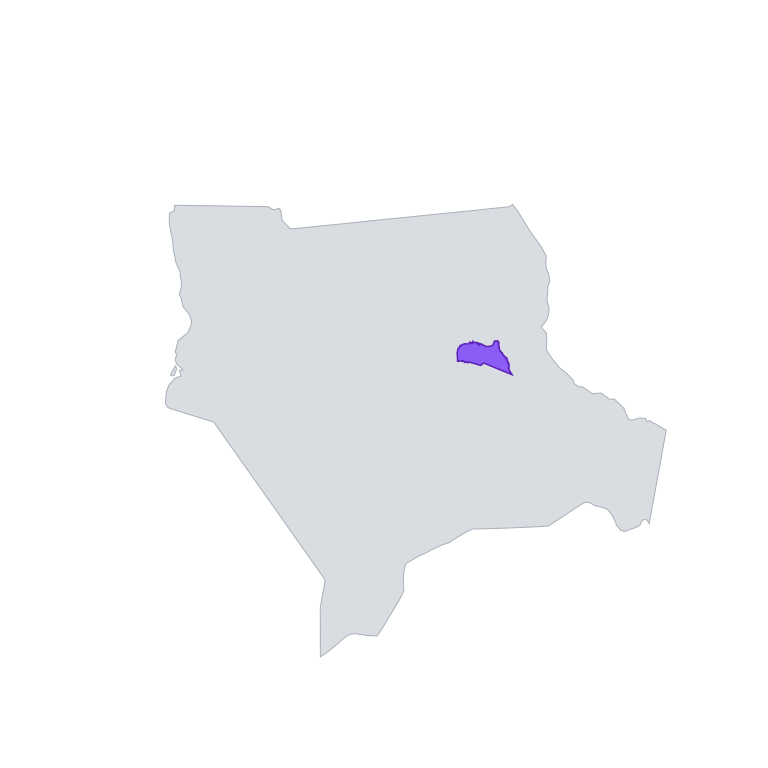 Tiaty, Rift Valley, Kenya shown in context, rotated 145°
{"feature_id": "3690345B93323191576602", "entity_name": "Tiaty", "entity_type": "district", "adm_level": 2, "iso_a3": "KEN", "parent_name": "Kenya", "parent_adm1": "Rift Valley", "projection": "mercator", "projection_center": [35.941, 1.145], "detail": "fine", "context": "in_parent", "style": "filled", "palette": "violet", "viewbox_px": 768, "rotation_deg": 145, "n_neighbors": 0, "source": "geoboundaries", "source_scale": "gbopen_adm2", "svg_char_len": 7194}
<svg xmlns="http://www.w3.org/2000/svg" viewBox="0 0 768 768"><g transform="rotate(145 384 384)"><path d="M175.6,457.3L175.4,448.4L176.7,425.8L176.5,405.9L177.7,395.9L182.6,389.6L184.8,385.0L186.5,378.6L189.0,373.4L194.9,369.1L195.9,366.8L202.1,359.7L205.8,350.5L208.6,347.4L212.1,344.5L214.5,343.0L218.6,341.5L221.8,340.7L222.4,339.9L222.6,338.5L221.6,332.8L222.9,330.9L225.1,327.2L227.6,323.6L229.8,321.4L231.1,319.1L231.6,315.1L231.7,312.3L231.7,307.7L231.0,297.2L228.4,288.4L226.8,278.6L228.0,275.4L225.9,269.6L224.9,269.3L223.2,268.0L221.0,262.6L219.4,257.7L218.4,256.4L211.4,252.1L207.9,241.9L204.0,239.6L201.9,229.4L201.5,226.5L203.7,216.4L203.5,214.1L201.2,211.9L194.6,209.8L189.2,205.6L189.9,204.1L190.3,202.6L187.5,201.6L179.4,184.3L189.9,173.8L200.5,163.3L214.1,149.9L226.5,137.6L237.3,127.0L246.9,117.5L246.7,119.3L246.7,121.8L247.9,123.2L249.9,124.2L252.6,123.2L255.0,121.7L257.4,121.4L271.8,125.3L274.2,128.8L274.1,132.5L274.7,135.1L273.6,137.8L272.4,146.0L272.8,153.4L277.1,159.0L280.9,163.3L284.0,169.4L286.3,171.3L289.4,172.2L299.3,172.5L314.0,172.9L328.2,173.3L329.5,173.4L332.5,174.2L345.5,182.5L357.4,190.0L367.5,196.5L377.3,202.9L386.8,209.1L394.1,214.2L401.4,215.7L413.2,216.5L421.4,216.7L429.0,218.9L440.2,220.9L448.6,221.9L453.7,223.1L467.7,224.3L470.1,223.6L476.3,217.9L483.2,208.7L485.9,203.6L494.9,198.5L510.7,191.5L521.8,186.5L534.1,181.5L539.8,185.8L547.5,192.8L551.0,196.2L553.7,197.7L558.0,198.7L563.1,198.8L565.9,198.6L571.6,197.7L585.0,196.9L592.6,197.0L586.2,206.2L578.5,217.2L564.3,237.6L553.5,248.3L545.3,256.4L544.6,257.8L544.6,266.9L544.7,288.9L544.8,333.0L545.0,377.0L545.2,421.0L545.3,443.1L545.3,450.5L552.5,459.7L559.5,468.8L568.7,480.7L573.7,487.2L574.5,489.3L574.2,493.6L566.6,502.6L560.4,506.6L552.0,508.6L549.5,508.2L546.2,506.9L544.9,509.1L543.9,512.4L542.1,511.7L540.6,510.7L541.5,516.7L542.4,519.6L541.1,523.6L537.0,527.1L536.6,530.0L527.8,537.7L515.3,538.6L508.7,542.4L505.8,545.5L503.5,552.4L504.3,562.8L500.8,570.9L500.2,574.9L493.7,580.2L490.9,585.0L488.7,589.9L486.9,592.0L484.7,603.0L481.7,609.6L480.9,611.8L480.1,613.8L477.8,617.7L476.3,620.4L475.2,622.2L467.6,639.2L461.6,647.0L456.9,646.1L453.8,649.1L453.5,650.5L451.8,649.7L447.9,646.8L439.9,641.1L431.9,635.3L423.9,629.5L415.8,623.7L407.8,617.9L399.8,612.1L391.8,606.3L383.8,600.5L379.1,597.1L377.0,595.1L375.3,591.1L374.5,590.1L372.4,588.9L369.9,588.6L369.2,587.8L369.2,585.9L370.1,583.1L373.0,577.8L373.3,574.7L372.8,571.2L371.8,565.5L371.0,564.2L365.7,561.2L354.6,555.0L343.4,548.8L332.3,542.5L321.2,536.3L310.0,530.1L298.9,523.9L287.7,517.7L276.6,511.4L265.5,505.2L254.3,499.0L243.2,492.8L232.1,486.5L220.9,480.3L209.8,474.1L198.6,467.9L187.5,461.7L183.3,459.3L179.5,457.3L175.6,457.3ZM546.1,517.8L544.2,518.3L545.2,515.3L550.9,511.4L553.2,512.3L553.7,513.2L553.6,514.0L552.6,514.7L546.1,517.8Z" fill="#d9dde1" stroke="#a8b0b8" stroke-width="1"/><path d="M286.8,367.6L287.2,367.1L287.3,367.3L287.5,367.4L287.8,367.1L287.9,366.7L288.0,366.7L288.2,366.9L288.4,366.8L288.5,366.8L288.6,367.1L288.7,367.3L288.8,367.2L289.0,366.9L289.2,367.1L289.2,367.3L289.2,367.5L289.0,367.9L288.9,368.0L289.1,368.4L289.2,368.5L289.4,368.8L289.5,369.0L292.2,368.5L293.3,369.4L293.5,369.7L294.2,370.3L294.7,370.6L295.9,371.0L296.2,371.1L297.1,371.3L297.6,371.4L297.9,371.4L298.2,371.4L298.4,371.3L298.7,371.2L298.9,371.0L299.7,371.9L300.2,371.2L303.3,370.4L306.3,367.4L309.6,362.0L310.0,361.1L310.7,360.7L310.5,360.3L310.3,360.4L310.1,360.1L309.8,360.0L309.8,359.8L309.4,359.7L309.2,359.5L309.0,359.4L308.6,359.4L308.3,359.3L307.7,358.8L307.4,358.5L307.3,358.2L307.2,358.0L307.1,357.9L306.9,357.8L306.6,357.9L306.2,357.9L305.9,357.7L305.7,357.4L305.8,357.3L305.7,357.3L305.7,357.2L305.7,356.9L305.4,356.5L305.4,356.3L305.4,355.8L305.5,355.8L305.5,355.6L305.5,355.4L305.4,355.3L305.2,355.3L305.2,355.1L304.8,355.0L304.5,355.0L304.3,355.0L304.3,354.9L304.2,354.7L303.9,354.5L303.7,354.5L303.6,354.4L303.5,354.5L303.3,354.1L303.2,353.4L303.1,353.2L301.7,353.2L294.2,343.8L290.2,343.9L286.3,337.7L285.1,335.9L283.5,333.3L279.0,326.3L275.1,320.3L273.9,318.4L273.9,318.5L273.7,318.4L273.6,318.5L273.7,318.8L273.5,319.0L273.6,319.3L273.6,319.5L273.8,319.6L274.0,319.7L274.1,319.8L274.2,320.0L273.7,320.1L273.7,320.5L273.8,320.7L273.9,320.8L274.0,320.9L273.9,321.0L273.7,321.1L273.7,321.3L273.7,321.5L273.8,321.7L273.7,321.8L273.8,322.4L273.6,322.5L273.6,322.8L273.4,322.8L273.4,323.3L273.3,323.5L273.3,323.8L273.2,324.0L273.0,324.4L273.1,324.6L273.1,324.8L272.8,324.9L272.7,325.1L272.8,325.1L272.6,325.4L272.7,325.6L272.4,325.7L272.3,325.9L272.2,326.0L272.2,326.3L271.7,326.3L271.7,326.6L271.4,326.9L271.3,327.0L271.2,327.1L271.0,327.3L271.0,327.5L270.9,327.6L270.7,327.9L270.5,328.0L270.6,328.4L270.7,328.5L270.6,328.8L270.5,329.1L270.2,329.2L270.1,329.3L270.1,329.6L269.8,329.7L269.8,329.8L269.9,330.2L269.8,330.3L269.9,330.7L269.8,330.8L269.9,331.0L270.0,331.1L269.8,331.3L269.8,331.5L270.0,331.6L269.8,331.7L269.7,331.7L269.6,331.8L269.6,332.0L269.4,332.3L269.4,332.5L269.5,332.5L269.5,332.8L269.3,333.0L269.2,333.1L269.2,333.4L269.2,333.5L269.1,333.4L269.0,333.5L269.0,333.8L268.8,334.0L269.0,334.3L268.8,334.5L269.0,334.7L269.1,334.8L268.9,334.8L269.0,334.9L269.1,335.0L269.3,335.1L269.2,335.2L269.4,335.4L269.3,335.5L269.5,335.5L269.3,335.7L269.3,335.8L269.3,336.1L269.3,336.6L269.3,337.0L269.2,337.2L269.3,337.4L269.2,337.6L269.2,337.8L269.3,337.9L269.4,338.0L269.5,338.2L269.6,338.4L269.8,338.5L269.7,338.9L269.5,339.3L269.5,339.6L269.6,339.8L269.6,340.1L269.5,340.5L269.7,340.8L269.6,341.0L269.4,341.3L269.3,341.6L269.3,342.0L269.5,342.2L269.6,342.3L269.7,342.7L269.6,342.8L269.6,343.1L269.7,343.4L269.7,343.7L269.7,343.9L269.7,344.0L269.7,344.4L269.7,344.6L269.7,344.8L269.9,344.8L269.8,345.0L269.7,345.5L269.5,346.0L269.5,346.4L269.3,346.7L269.3,346.9L269.4,347.2L269.3,347.3L269.2,347.3L268.9,347.5L268.7,347.6L268.6,347.9L268.6,348.1L268.4,348.1L268.3,348.4L268.3,348.5L268.2,348.8L268.0,349.1L268.1,349.6L268.0,349.9L267.8,350.1L268.0,350.3L267.9,350.5L267.8,350.4L267.7,350.4L267.7,350.6L267.5,350.9L267.3,350.9L267.2,351.0L266.9,351.2L266.7,351.2L266.5,351.4L266.4,351.6L266.5,351.6L266.5,351.9L266.3,352.5L266.1,352.5L266.0,353.0L266.2,353.4L266.3,353.6L266.2,353.8L266.1,354.0L266.2,354.3L266.3,354.5L266.7,354.5L266.9,354.5L267.1,354.5L267.3,354.4L267.3,354.5L267.5,354.5L267.8,354.7L267.8,354.8L267.9,355.0L268.0,355.1L268.2,355.5L268.4,355.5L268.5,355.7L268.8,355.7L269.5,355.5L269.6,355.3L269.7,355.2L272.8,353.4L273.2,353.5L274.4,353.6L274.6,353.7L275.1,354.0L275.4,354.1L276.3,354.5L278.9,356.2L279.3,356.5L279.4,357.4L279.7,357.7L279.9,357.8L280.0,358.1L279.9,358.3L280.2,358.5L280.3,358.6L280.5,358.8L280.5,359.0L280.5,359.4L280.6,359.6L280.7,359.8L280.8,359.9L280.9,360.0L280.9,360.4L280.9,360.5L281.0,360.5L281.4,360.7L281.5,360.8L281.8,360.9L282.0,361.0L281.9,361.1L282.0,361.2L281.9,361.5L282.0,361.7L282.0,361.8L282.4,362.0L282.5,361.8L282.6,361.7L282.9,361.6L283.3,361.4L283.6,361.3L283.8,361.3L283.5,361.9L283.5,362.1L283.7,362.4L283.6,362.8L283.5,363.0L283.1,363.5L283.5,363.7L284.1,363.7L284.7,363.6L284.6,364.3L284.6,364.6L284.4,364.7L284.5,364.8L285.1,365.6L286.1,366.4L286.9,367.2L286.8,367.3L286.8,367.6Z" fill="#8b5cf6" stroke="#5b21b6" stroke-width="1.5"/></g></svg>